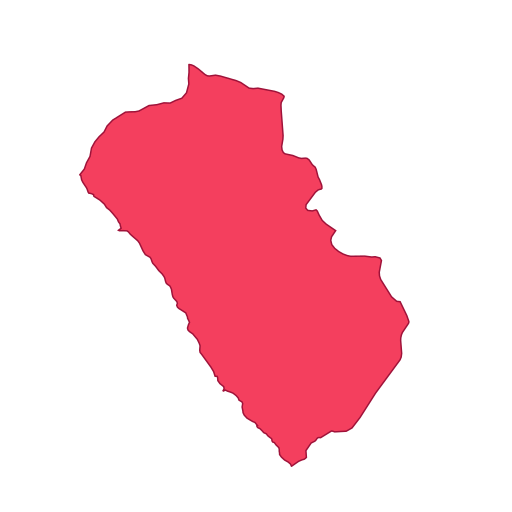 map outline of Tarapacá (Equal Earth projection), rotated 328°
{"feature_id": "CHL-2693", "entity_name": "Tarapacá", "entity_type": "Region", "adm_level": 1, "iso_a3": "CHL", "parent_name": "Chile", "parent_adm1": "", "projection": "equal_earth", "projection_center": [-69.568, -20.2], "detail": "fine", "context": "isolated", "style": "filled", "palette": "rose", "viewbox_px": 512, "rotation_deg": 328, "n_neighbors": 0, "source": "natural_earth", "source_scale": "10m", "svg_char_len": 3419}
<svg xmlns="http://www.w3.org/2000/svg" viewBox="0 0 512 512"><g transform="rotate(328 256 256)"><path d="M300.7,58.1L302.5,59.7L304.0,61.8L306.2,66.8L308.9,75.1L310.2,77.4L311.9,78.7L317.5,81.2L321.2,84.6L332.3,97.0L335.0,100.8L339.1,110.0L342.4,112.6L346.6,114.7L359.1,126.3L361.6,129.3L363.6,132.4L364.5,135.4L363.5,136.5L358.7,139.2L357.1,141.3L354.5,145.9L349.2,156.0L342.8,168.2L340.7,171.2L335.8,176.7L334.3,179.9L334.0,182.8L334.8,184.8L340.5,190.3L344.2,195.4L346.2,197.3L349.8,199.2L351.0,200.2L351.9,202.4L352.0,203.5L352.1,208.2L352.6,210.3L353.1,211.3L353.2,212.3L352.9,214.5L350.5,221.9L350.3,225.0L349.3,230.4L348.7,232.0L347.7,233.6L346.6,233.8L345.4,233.3L343.7,232.9L340.1,233.4L325.7,239.0L323.6,241.7L324.0,244.7L327.6,247.6L331.4,248.7L331.8,250.3L331.2,254.8L331.0,260.9L332.4,266.2L337.0,276.7L330.3,279.7L327.7,282.3L326.3,286.5L326.8,291.3L328.5,296.1L330.9,300.5L333.5,303.9L336.1,306.4L348.1,313.7L353.6,318.2L356.7,319.8L360.1,323.4L360.0,326.3L351.9,335.1L350.2,338.3L349.3,342.0L349.3,362.4L351.3,369.0L354.0,371.1L352.3,386.5L350.9,392.6L350.3,393.4L349.5,394.0L339.7,398.4L337.7,399.8L335.4,402.1L333.9,404.3L327.9,415.8L325.5,418.7L323.1,420.4L284.8,435.6L258.6,448.1L246.3,452.7L239.7,452.4L229.5,446.8L228.3,445.3L227.2,444.4L214.5,444.3L213.2,443.3L212.0,442.9L211.0,443.1L209.5,443.8L208.5,444.1L207.6,444.2L203.7,443.8L195.2,447.5L192.0,453.5L190.6,453.8L189.2,453.9L186.8,453.2L183.3,452.7L175.0,453.1L174.7,453.0L175.0,450.7L174.1,447.8L172.1,444.1L171.0,440.0L170.8,436.9L171.6,435.5L172.2,434.0L173.3,432.2L173.8,430.6L172.9,426.9L172.7,424.0L171.6,422.6L171.6,421.2L172.1,420.3L172.4,419.2L172.0,418.1L171.4,416.6L170.7,414.5L170.6,412.4L168.9,409.8L168.7,408.1L167.9,404.6L167.4,403.7L166.8,403.0L166.5,402.0L166.5,401.1L166.8,400.3L167.2,399.8L167.3,399.9L166.9,396.6L165.4,394.5L162.5,388.9L161.7,384.8L162.0,382.0L162.7,380.6L164.2,376.7L166.5,374.1L166.8,372.3L165.2,369.2L165.7,366.9L165.2,363.8L164.4,361.6L163.7,359.9L162.0,357.6L160.2,355.5L159.0,353.5L156.8,353.2L156.7,352.8L158.6,351.7L159.4,349.7L157.8,345.1L157.6,341.5L159.2,338.4L159.2,337.3L158.6,337.1L158.3,336.9L158.1,336.6L157.6,336.3L158.8,331.6L158.9,326.5L157.8,310.4L157.5,308.2L158.3,306.2L161.0,302.5L161.6,300.0L162.1,295.6L161.5,291.4L161.1,288.5L159.5,284.8L159.1,282.7L159.7,280.8L162.4,278.4L164.5,277.0L165.0,272.5L165.6,271.3L166.3,267.0L162.8,259.7L162.3,257.8L162.6,255.9L163.3,255.2L164.1,254.7L164.7,253.0L164.6,251.9L163.9,248.3L163.9,246.6L164.6,244.3L166.7,239.3L167.1,236.2L166.9,235.3L165.8,232.9L165.5,231.4L165.8,229.8L166.9,226.4L167.1,224.8L166.9,221.4L165.8,216.8L165.4,211.6L164.6,207.5L164.8,205.8L165.5,202.8L165.5,201.0L162.9,196.2L162.9,191.8L164.0,183.3L163.8,180.5L161.0,171.2L160.6,168.0L159.9,166.3L157.0,164.3L153.5,162.1L153.0,161.3L156.3,161.0L157.0,158.5L157.7,156.7L157.5,154.1L158.0,151.2L157.1,144.2L156.3,139.6L154.9,135.8L154.9,131.7L153.2,125.7L150.2,119.6L150.4,118.6L150.8,117.9L149.7,116.2L148.3,114.7L147.6,114.3L147.5,112.9L148.2,109.9L148.4,108.4L148.2,102.0L148.5,99.0L150.1,94.9L149.6,93.8L149.7,93.7L156.5,91.3L161.7,87.1L168.0,83.6L173.7,77.3L179.9,73.8L186.2,71.7L192.9,70.3L198.7,66.8L206.5,64.8L215.3,64.8L221.5,64.8L225.2,66.8L229.9,69.6L233.5,71.0L245.0,71.7L252.2,75.2L259.0,77.3L264.2,80.8L270.4,81.5L276.7,82.9L283.5,80.8L290.2,74.5L292.8,69.6L296.5,64.8L300.6,58.1L300.7,58.1Z" fill="#f43f5e" stroke="#9f1239" stroke-width="1.5"/></g></svg>